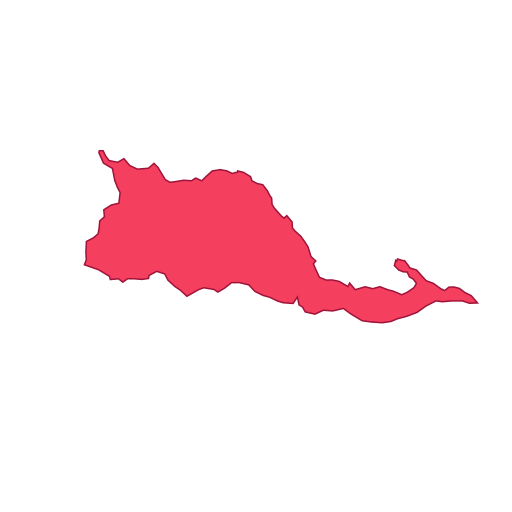 Lofou, Limassol, Cyprus, rotated 318°
{"feature_id": "46923920B39647267644657", "entity_name": "Lofou", "entity_type": "district", "adm_level": 2, "iso_a3": "CYP", "parent_name": "Cyprus", "parent_adm1": "Limassol", "projection": "orthographic", "projection_center": [32.884, 34.797], "detail": "fine", "context": "isolated", "style": "filled", "palette": "rose", "viewbox_px": 512, "rotation_deg": 318, "n_neighbors": 0, "source": "geoboundaries", "source_scale": "gbopen_adm2", "svg_char_len": 2142}
<svg xmlns="http://www.w3.org/2000/svg" viewBox="0 0 512 512"><g transform="rotate(318 256 256)"><path d="M122.6,147.7L129.8,160.9L133.5,173.0L132.0,176.0L138.6,181.0L139.5,186.3L145.4,187.0L150.3,191.5L155.6,197.1L161.1,200.8L163.5,198.9L172.0,201.0L176.2,208.3L174.4,215.0L175.3,224.3L176.9,230.8L177.7,239.7L190.9,242.6L196.0,244.7L202.4,252.8L203.5,257.3L211.4,258.9L219.9,259.4L225.7,264.5L231.3,272.6L231.5,281.6L234.9,290.1L238.4,295.5L241.9,303.9L244.9,308.9L251.8,316.1L259.3,314.2L255.3,321.1L256.4,325.0L255.2,330.5L260.9,338.7L269.8,341.4L276.3,348.2L285.8,353.4L287.7,362.5L291.6,375.2L297.8,382.5L305.3,390.2L312.6,395.0L319.2,397.3L327.5,401.6L338.0,405.7L348.8,406.9L359.7,409.8L363.8,414.6L371.6,420.5L379.4,427.6L383.0,433.9L385.7,436.2L389.2,439.1L389.4,429.4L386.7,422.6L385.5,416.2L382.3,411.4L378.5,408.2L373.2,408.0L371.4,403.9L369.5,395.0L365.9,388.2L365.9,380.7L365.9,373.7L362.3,367.8L362.9,364.3L363.3,358.7L362.4,358.2L359.2,352.9L357.1,353.9L356.9,352.7L352.4,355.8L352.7,362.0L354.8,366.2L357.6,369.1L356.0,374.3L357.4,378.4L356.9,383.7L352.3,385.2L344.2,384.2L338.6,382.4L338.4,382.3L338.3,382.1L334.5,374.0L331.4,369.3L327.5,361.7L320.9,358.4L316.5,351.9L307.2,347.4L307.5,338.8L303.9,340.2L300.7,330.3L296.5,324.7L292.1,320.9L288.9,314.3L291.5,305.8L293.4,300.2L297.1,299.7L296.5,293.2L300.7,284.2L301.6,279.1L302.5,271.5L301.7,263.5L301.8,259.7L305.6,254.8L305.9,246.6L302.1,246.6L301.6,243.2L301.7,232.4L302.4,228.5L306.4,223.4L306.7,220.3L308.1,215.2L308.7,207.5L305.4,203.0L303.3,197.3L305.1,193.4L302.6,185.3L299.3,180.5L298.5,181.3L293.5,178.7L291.4,173.4L287.3,168.0L280.4,163.5L276.5,163.5L272.3,163.5L266.0,163.8L263.3,157.7L258.4,156.9L252.9,151.3L244.5,145.9L241.4,143.6L239.7,138.6L240.8,132.7L242.4,124.8L242.2,118.9L234.8,118.8L226.0,112.1L222.7,104.3L223.0,95.3L215.9,93.8L210.7,86.8L211.1,81.3L212.8,75.5L210.0,72.9L208.3,74.2L204.8,85.0L207.9,94.9L201.5,105.5L199.0,112.2L197.4,118.0L189.4,125.0L182.7,121.3L173.8,119.8L169.6,125.4L163.3,125.4L158.3,130.1L153.6,133.8L147.7,133.8L139.7,131.7L132.3,139.2L127.3,145.3L122.6,147.7Z" fill="#f43f5e" stroke="#9f1239" stroke-width="1.5"/></g></svg>